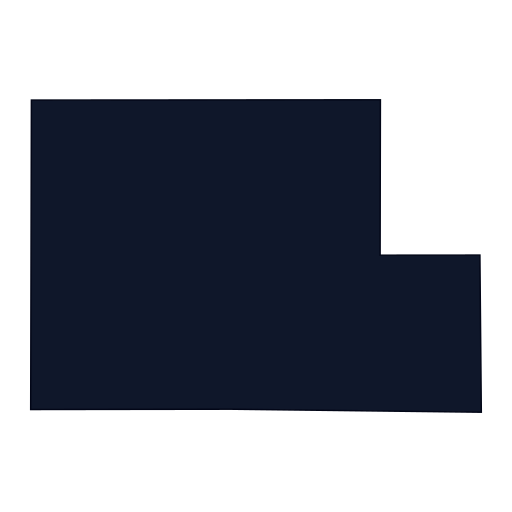 outline of Kimble, Texas, United States of America
{"feature_id": "52423323B85125570419162", "entity_name": "Kimble", "entity_type": "district", "adm_level": 2, "iso_a3": "USA", "parent_name": "United States of America", "parent_adm1": "Texas", "projection": "equal_earth", "projection_center": [-99.608, 30.499], "detail": "fine", "context": "isolated", "style": "filled", "palette": "ink", "viewbox_px": 512, "rotation_deg": 0, "n_neighbors": 0, "source": "geoboundaries", "source_scale": "gbopen_adm2", "svg_char_len": 225}
<svg xmlns="http://www.w3.org/2000/svg" viewBox="0 0 512 512"><path d="M481.3,412.2L479.9,255.1L380.1,255.2L380.4,99.8L31.4,100.1L30.7,409.5L231.1,409.2L481.3,412.2Z" fill="#0f172a" stroke="#020617" stroke-width="1.5"/></svg>